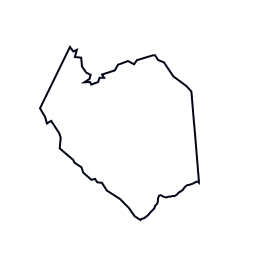 Frederick, Maryland, United States of America (Mercator projection), rotated 296°
{"feature_id": "52423323B20560007602633", "entity_name": "Frederick", "entity_type": "district", "adm_level": 2, "iso_a3": "USA", "parent_name": "United States of America", "parent_adm1": "Maryland", "projection": "mercator", "projection_center": [-77.438, 39.47], "detail": "fine", "context": "isolated", "style": "outline", "palette": "ink", "viewbox_px": 256, "rotation_deg": 296, "n_neighbors": 0, "source": "geoboundaries", "source_scale": "gbopen_adm2", "svg_char_len": 1250}
<svg xmlns="http://www.w3.org/2000/svg" viewBox="0 0 256 256"><g transform="rotate(296 128 128)"><path d="M175.4,40.3L169.2,40.3L168.2,40.3L109.7,40.3L107.1,40.3L101.4,48.9L96.5,53.1L100.7,55.8L93.3,68.3L89.9,71.7L79.7,75.6L75.3,92.7L73.3,95.3L72.3,103.4L68.3,107.2L65.4,117.8L67.8,120.7L65.7,124.1L67.3,128.6L62.5,136.4L60.7,151.9L56.5,163.9L51.6,172.7L50.8,179.4L51.1,179.3L52.4,180.2L53.8,181.9L57.9,184.0L60.8,184.9L61.9,185.1L67.4,186.9L70.1,186.5L72.0,187.2L73.6,187.4L74.9,187.1L77.5,186.0L79.8,185.6L80.7,185.7L80.9,185.8L81.6,186.4L82.0,187.1L81.8,189.7L82.3,192.7L84.4,195.1L84.9,196.2L86.3,197.8L86.8,198.4L87.0,199.4L87.8,200.1L89.4,201.0L92.7,202.1L93.1,202.3L93.4,202.8L96.5,204.4L99.7,204.9L102.3,206.1L102.9,206.7L103.9,208.2L106.5,210.7L109.5,212.9L110.1,213.6L110.2,214.0L110.1,215.1L109.9,215.7L111.0,215.2L156.8,188.0L157.3,187.7L163.0,184.2L188.4,169.1L188.6,168.9L191.3,162.1L194.3,146.1L202.7,131.6L202.3,125.2L205.2,120.5L204.3,118.6L192.9,106.3L187.9,105.5L188.2,98.7L180.5,91.3L174.0,90.9L164.7,81.3L162.7,84.5L160.6,80.4L156.2,81.0L150.9,75.9L152.7,73.8L149.9,68.7L155.2,71.9L159.4,71.1L159.5,66.1L163.1,59.7L170.7,55.1L168.5,49.1L175.8,47.8L172.8,45.3L175.4,40.3Z" fill="none" stroke="#020617" stroke-width="2"/></g></svg>